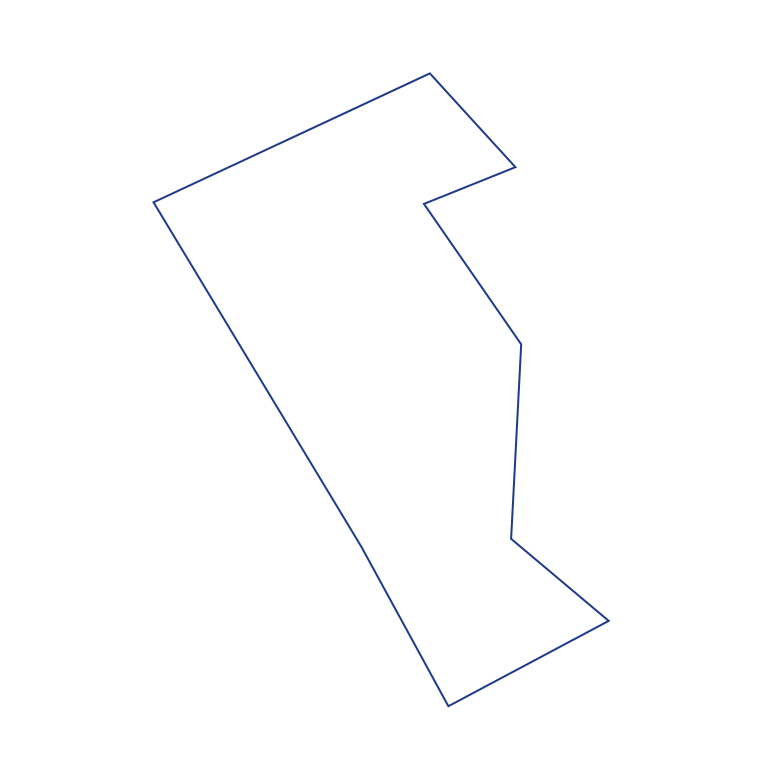 the state/province of Smith's, rotated 96°
{"feature_id": "BMU-5142", "entity_name": "Smith's", "entity_type": "state/province", "adm_level": 1, "iso_a3": "BMU", "parent_name": "Bermuda", "parent_adm1": "", "projection": "mercator", "projection_center": [-64.729, 32.316], "detail": "fine", "context": "isolated", "style": "outline", "palette": "blue", "viewbox_px": 768, "rotation_deg": 96, "n_neighbors": 0, "source": "natural_earth", "source_scale": "10m", "svg_char_len": 284}
<svg xmlns="http://www.w3.org/2000/svg" viewBox="0 0 768 768"><g transform="rotate(96 384 384)"><path d="M330.2,251.7L524.7,241.4L596.1,135.8L697.7,286.3L548.5,389.3L227.4,632.2L70.3,370.9L154.6,276.0L200.7,363.1L330.2,251.7Z" fill="none" stroke="#1e3a8a" stroke-width="2"/></g></svg>